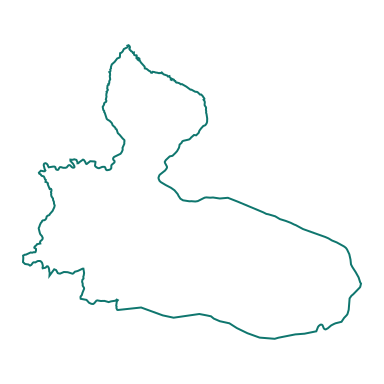 the district of Tabaporã, Mato Grosso, Brazil
{"feature_id": "56859067B70789515296614", "entity_name": "Tabaporã", "entity_type": "district", "adm_level": 2, "iso_a3": "BRA", "parent_name": "Brazil", "parent_adm1": "Mato Grosso", "projection": "mercator", "projection_center": [-56.642, -11.068], "detail": "fine", "context": "isolated", "style": "outline", "palette": "teal", "viewbox_px": 384, "rotation_deg": 0, "n_neighbors": 0, "source": "geoboundaries", "source_scale": "gbopen_adm2", "svg_char_len": 5825}
<svg xmlns="http://www.w3.org/2000/svg" viewBox="0 0 384 384"><path d="M128.6,45.2L127.5,45.6L128.1,46.4L127.3,47.3L123.8,49.1L122.7,51.4L121.4,52.7L120.1,53.2L119.9,56.9L119.6,57.5L117.2,58.5L114.7,61.8L111.8,64.4L110.9,67.1L111.0,68.4L110.2,69.6L110.5,70.8L110.1,71.8L109.3,72.1L110.0,73.3L110.1,75.1L109.8,75.7L109.8,76.6L110.2,79.3L109.4,80.9L109.2,81.9L109.3,82.8L109.0,83.5L108.4,83.9L108.7,84.7L108.0,85.0L107.5,85.7L107.2,88.8L107.8,89.5L107.7,90.4L106.5,91.8L106.9,92.6L106.4,93.7L106.3,95.5L106.5,96.7L105.8,99.6L106.3,100.4L106.3,101.2L106.0,101.9L104.6,102.7L104.1,103.5L104.1,104.5L102.7,106.9L103.3,110.0L104.2,111.0L104.2,112.1L104.8,112.9L106.7,118.8L107.5,119.6L109.7,120.9L111.6,122.8L112.0,123.5L112.6,125.2L115.2,127.6L115.6,128.8L116.6,129.4L117.8,133.1L119.7,134.9L122.6,138.4L124.3,140.0L124.5,141.0L124.3,141.9L124.3,143.8L122.5,147.9L122.7,149.2L122.5,150.4L121.6,152.3L120.5,153.8L114.2,156.9L113.5,157.6L113.1,158.5L113.2,159.4L113.6,160.1L114.5,161.0L114.6,161.9L114.3,162.6L111.7,164.8L111.3,165.8L111.3,168.0L110.7,169.0L109.7,169.7L107.8,170.1L106.7,170.1L105.9,169.5L105.3,167.7L104.8,167.0L104.1,166.8L102.2,166.9L99.1,168.2L98.1,168.1L96.6,167.4L95.3,166.3L95.0,165.5L95.5,162.0L94.8,161.5L90.2,161.2L86.7,164.0L86.0,163.7L85.1,161.7L83.9,160.0L83.0,159.6L79.2,162.3L78.4,163.2L77.5,163.3L77.5,162.4L76.4,159.9L74.3,159.3L72.5,159.8L70.4,159.6L70.4,160.9L73.1,163.8L74.4,166.2L74.4,167.2L73.8,167.7L72.9,167.7L71.8,167.1L70.2,165.4L69.1,165.1L68.3,165.5L66.7,167.4L65.5,167.8L63.2,167.8L60.9,167.1L59.9,167.2L59.2,168.0L58.3,169.7L57.3,169.9L56.3,169.5L55.7,168.6L55.3,167.1L54.5,166.6L53.1,166.6L48.8,167.3L48.2,166.4L47.5,164.6L46.6,163.7L45.6,163.2L44.4,163.5L43.9,164.1L43.7,165.2L44.6,168.9L45.4,170.5L44.8,171.2L43.8,171.3L40.9,170.7L38.9,172.7L39.2,173.6L40.8,174.5L41.1,175.2L41.7,175.8L43.7,176.4L44.3,177.3L45.0,179.3L45.8,179.9L45.5,181.9L46.5,182.1L47.9,183.3L47.8,184.4L49.7,189.0L50.5,188.7L51.1,189.0L51.5,190.0L51.3,191.4L50.9,192.0L51.3,193.4L51.1,194.6L51.5,196.4L53.0,198.6L53.1,200.1L53.9,201.8L54.0,203.6L54.7,205.5L54.3,207.2L52.6,210.9L49.8,214.1L49.5,214.8L48.8,215.3L47.8,215.6L46.7,216.5L46.2,218.5L45.4,219.6L44.4,220.2L42.8,220.4L42.1,221.0L41.9,221.7L40.8,223.0L39.8,225.2L39.4,226.7L38.9,227.5L38.7,228.4L39.8,232.9L40.4,234.4L41.8,235.9L42.7,237.8L42.6,238.9L41.9,239.9L40.3,241.3L40.0,242.5L40.3,243.5L37.0,244.2L36.4,245.2L34.9,246.4L34.3,247.3L34.5,248.0L35.4,248.4L36.0,248.9L36.0,250.4L35.6,251.9L35.0,252.3L33.8,252.2L32.1,252.7L30.6,252.5L25.8,254.7L24.8,254.7L23.1,255.6L23.3,258.0L23.0,262.1L25.1,264.0L28.5,264.5L30.0,265.6L31.3,264.9L32.9,262.7L33.7,262.3L35.4,262.4L37.4,261.2L38.1,261.0L39.9,261.0L40.6,261.2L41.9,262.5L42.3,263.5L42.9,266.0L42.5,267.6L42.7,268.3L45.5,267.7L46.9,266.3L47.7,266.3L48.6,267.5L49.1,269.3L49.3,271.6L49.7,272.7L49.5,275.7L54.2,269.3L56.1,270.1L57.8,273.1L59.0,273.5L60.1,273.6L63.9,272.0L67.7,272.2L72.5,273.7L73.3,273.4L74.9,271.7L77.7,271.0L82.5,268.7L83.4,268.7L84.1,273.0L83.7,275.6L83.3,276.6L83.5,278.6L82.4,279.8L82.1,281.8L82.7,283.6L82.7,285.7L84.0,287.8L84.1,288.8L82.5,292.7L81.8,295.1L80.6,296.5L80.5,297.7L80.7,298.8L86.5,299.9L89.1,302.8L91.3,303.8L93.1,304.0L94.2,303.3L96.4,300.7L97.3,300.4L100.7,301.0L104.5,300.9L108.7,302.1L110.9,301.4L115.4,300.7L116.0,300.3L116.7,299.6L117.8,300.2L116.8,301.5L116.2,305.8L116.6,306.5L116.4,308.0L117.1,309.7L117.8,310.0L141.1,307.5L162.8,315.4L173.6,317.7L199.3,314.0L206.7,315.4L211.0,316.3L213.8,318.6L219.8,321.2L229.4,323.3L236.9,328.1L247.4,333.2L259.6,337.6L274.7,338.8L278.5,337.7L295.3,334.4L304.5,333.7L316.3,331.3L318.0,327.0L318.8,325.9L320.4,324.7L321.2,324.6L322.0,324.8L322.6,325.4L323.7,328.1L324.5,329.1L325.7,329.4L327.8,328.3L331.2,325.4L334.1,323.9L335.5,323.3L341.5,321.8L344.1,317.9L346.7,315.2L347.5,314.0L348.7,309.8L349.6,298.4L351.4,295.8L353.2,294.3L359.8,287.5L360.2,286.9L361.0,283.6L360.2,282.4L358.6,277.4L355.7,272.2L352.4,267.1L351.0,264.4L350.5,259.6L349.3,254.2L347.0,249.4L345.9,247.9L344.8,247.0L343.8,246.3L336.7,242.4L332.0,240.5L328.5,238.4L325.3,237.0L303.1,229.1L295.5,225.0L294.5,224.7L290.7,222.8L285.7,220.9L279.9,219.1L275.2,216.3L268.4,214.3L266.3,213.9L263.4,212.4L237.6,201.6L227.9,197.8L219.8,198.5L213.0,197.5L210.2,197.7L206.5,197.4L204.9,197.6L203.7,198.1L197.8,201.1L195.3,201.5L191.5,201.2L189.4,201.3L183.0,200.3L180.4,198.7L178.5,195.8L177.7,194.1L174.5,190.3L171.0,187.8L165.8,185.1L160.8,182.1L159.5,180.8L158.6,178.7L158.5,177.6L159.3,175.4L159.9,174.6L165.1,170.5L166.6,168.5L167.0,167.4L166.9,166.5L164.9,162.7L164.8,161.8L165.8,160.1L169.7,156.4L172.5,155.8L175.4,153.0L177.1,151.1L178.9,147.9L179.3,146.5L179.6,144.6L181.4,143.0L182.4,141.3L183.4,140.8L189.0,139.5L190.4,138.5L190.9,137.7L194.0,135.0L196.2,135.3L198.7,132.8L199.4,130.7L201.1,128.4L203.4,125.9L204.5,125.6L205.4,125.1L206.6,123.4L207.1,121.8L207.2,118.5L206.5,113.9L206.1,112.8L206.2,111.1L205.9,109.8L206.1,107.9L205.8,107.0L204.7,105.4L204.6,104.6L204.8,102.3L204.6,101.2L203.6,99.8L204.2,99.4L204.4,98.7L202.4,95.7L201.1,94.5L200.1,94.6L197.6,92.2L196.9,91.9L195.1,91.7L191.5,89.7L190.5,89.7L186.3,86.6L181.9,84.1L180.7,84.3L179.5,83.3L177.4,82.6L176.4,82.6L175.7,82.0L175.3,81.0L174.4,80.8L173.9,79.7L173.0,79.3L172.1,78.9L171.7,80.0L170.8,79.6L171.1,78.5L169.5,77.0L169.4,76.1L167.9,76.5L167.3,75.6L163.5,74.3L161.8,72.5L161.1,73.2L160.1,72.9L159.1,73.2L156.8,72.6L156.0,72.6L154.1,72.0L152.7,71.8L152.0,72.8L151.1,72.7L150.3,71.4L149.0,70.8L146.5,68.8L144.8,68.4L144.6,66.6L140.8,62.4L140.0,60.9L139.1,60.6L138.4,60.1L139.5,59.5L139.4,58.6L138.4,57.9L137.6,57.9L137.1,58.7L136.5,58.3L136.5,57.1L136.8,56.0L136.5,55.3L135.4,55.4L134.3,55.0L133.8,53.7L133.9,52.6L132.9,52.9L132.3,51.8L131.1,51.2L130.7,50.5L129.8,49.8L129.3,48.8L129.9,47.9L129.9,46.9L129.5,46.1L128.6,45.2Z" fill="none" stroke="#0f766e" stroke-width="2"/></svg>